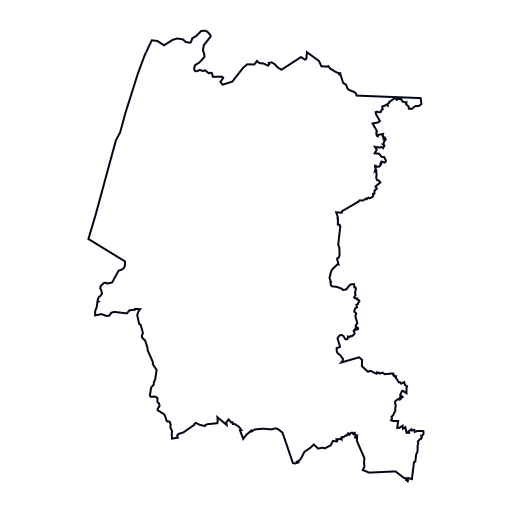 Francisco Z. Mena, Puebla, Mexico (Robinson projection)
{"feature_id": "50627088B96858950012844", "entity_name": "Francisco Z. Mena", "entity_type": "district", "adm_level": 2, "iso_a3": "MEX", "parent_name": "Mexico", "parent_adm1": "Puebla", "projection": "robinson", "projection_center": [-97.773, 20.706], "detail": "fine", "context": "isolated", "style": "outline", "palette": "ink", "viewbox_px": 512, "rotation_deg": 0, "n_neighbors": 0, "source": "geoboundaries", "source_scale": "gbopen_adm2", "svg_char_len": 6021}
<svg xmlns="http://www.w3.org/2000/svg" viewBox="0 0 512 512"><path d="M292.9,463.1L295.0,463.5L298.1,462.5L297.1,461.7L299.3,460.6L301.2,458.1L304.5,451.7L310.0,448.1L313.8,444.5L318.2,448.6L322.1,447.7L325.0,448.3L330.7,445.3L333.0,440.9L336.9,441.5L337.3,441.1L336.5,439.2L339.1,439.2L340.3,438.6L341.7,439.6L341.8,437.1L343.5,437.1L345.8,435.4L346.6,435.7L348.0,433.5L349.1,434.9L349.6,434.6L349.3,433.7L352.0,432.6L353.2,434.0L353.8,433.0L354.7,432.8L354.6,434.0L355.7,434.7L355.0,436.9L355.9,437.0L355.8,437.8L356.2,437.8L357.1,436.6L356.9,441.0L364.4,458.2L364.0,462.4L364.4,466.7L362.8,470.1L369.2,472.6L395.5,471.4L404.0,478.0L406.5,478.2L406.0,479.9L407.7,481.3L408.6,478.1L411.9,479.1L414.0,462.1L415.3,461.6L416.1,454.8L417.6,451.0L417.6,445.9L418.3,443.5L417.9,441.4L420.6,438.5L421.3,438.7L421.9,437.2L421.2,435.7L422.4,435.5L423.6,433.7L423.3,431.1L417.8,430.9L414.7,431.9L414.3,429.9L411.7,430.5L411.4,429.3L408.7,431.2L409.1,432.8L408.0,432.8L407.8,432.2L406.6,432.8L405.3,427.2L403.0,428.7L402.6,425.7L399.4,427.8L397.2,427.9L398.2,421.0L393.4,421.0L391.1,420.3L392.0,418.8L391.5,416.8L393.0,415.4L395.4,410.6L395.2,408.3L395.8,405.4L395.1,403.5L395.2,401.3L398.0,399.0L399.6,399.7L400.4,399.2L399.8,398.1L400.2,397.1L401.7,397.7L402.6,397.0L400.2,394.9L402.0,391.1L402.6,390.7L406.5,393.2L406.5,387.7L407.1,386.3L405.0,385.0L404.2,382.1L401.2,383.7L400.1,382.3L398.9,382.3L395.8,377.8L396.0,376.4L395.1,376.7L394.5,375.6L393.9,375.9L393.0,374.6L393.3,373.7L392.5,373.4L384.8,374.2L382.5,372.6L380.2,373.6L379.4,372.8L376.2,372.1L377.6,373.3L376.4,373.7L371.0,371.1L369.7,370.9L368.0,371.8L361.9,366.2L362.1,359.9L359.1,357.3L341.3,362.5L342.5,361.1L343.0,359.0L340.4,355.4L337.4,352.9L336.8,351.4L336.6,348.1L339.8,347.1L340.0,346.5L337.5,338.3L339.6,335.4L341.7,334.9L343.6,336.3L345.2,339.0L346.4,339.5L347.4,339.1L348.0,336.5L349.5,337.2L350.5,336.1L351.9,336.2L354.3,334.2L354.5,332.5L353.6,330.8L353.9,330.3L358.0,329.2L358.1,328.2L357.5,327.7L355.5,328.1L356.2,326.6L355.7,325.5L357.3,323.1L355.3,316.1L356.2,313.5L354.3,311.6L354.3,310.7L355.4,308.1L357.0,307.3L356.4,304.8L358.1,303.9L358.0,303.3L359.4,301.2L359.0,300.3L357.1,299.4L357.1,298.4L354.9,298.2L354.1,297.5L355.6,294.8L355.0,293.1L355.9,288.7L355.6,287.6L354.4,287.4L354.1,284.2L350.9,284.3L349.2,285.7L346.3,289.4L343.1,290.0L341.8,288.8L337.0,286.9L332.0,286.3L331.0,285.4L330.3,282.1L331.0,281.9L329.5,277.9L331.1,271.3L332.5,269.1L337.7,264.1L338.5,264.4L337.0,258.6L338.9,257.4L339.6,254.5L339.3,247.5L338.2,244.7L340.3,226.3L339.5,225.6L339.5,224.7L337.8,224.4L338.0,218.6L337.5,218.5L337.7,216.8L336.2,212.3L341.8,212.7L342.0,211.2L358.5,201.6L359.5,200.4L363.0,200.5L366.0,198.6L366.8,198.3L367.1,199.0L368.6,197.7L369.7,198.1L372.0,197.2L373.1,196.2L373.1,193.9L374.3,193.7L374.7,190.3L376.9,188.7L375.4,186.5L380.3,182.5L379.0,180.6L377.1,180.1L376.2,177.8L376.6,174.1L375.9,171.7L376.5,170.6L376.0,170.0L375.1,170.8L375.8,167.9L375.0,166.8L375.1,165.7L377.4,166.7L379.4,166.6L381.2,164.1L380.5,163.7L381.5,161.5L384.6,162.6L385.8,161.6L385.9,160.6L384.2,157.1L381.7,156.9L379.0,153.7L374.7,153.3L376.7,149.7L374.9,146.8L380.1,147.6L381.5,146.9L383.1,148.1L384.4,145.5L382.8,144.2L383.6,143.9L384.0,141.7L385.6,139.5L383.8,139.3L384.8,137.6L383.2,137.4L383.5,136.8L382.6,135.8L383.1,134.0L378.3,134.8L377.8,136.4L376.8,135.7L376.2,132.8L377.0,131.3L372.6,123.5L378.2,122.4L379.9,121.0L376.1,114.4L375.6,112.2L377.1,111.6L378.6,112.2L380.7,112.1L381.3,110.3L382.7,109.3L382.1,107.0L382.6,106.1L384.1,106.2L386.1,104.7L387.8,105.7L387.8,103.7L389.1,103.0L389.3,101.9L394.4,98.4L396.1,98.6L396.6,99.8L397.3,99.5L397.6,98.7L400.3,99.1L401.3,99.4L402.5,101.6L405.2,102.2L405.7,103.0L406.4,102.5L406.3,104.5L408.6,106.4L408.8,108.7L411.7,108.9L415.3,106.1L419.0,106.0L421.4,104.0L420.7,98.1L356.7,95.6L355.8,93.3L353.8,91.8L348.7,89.8L347.4,88.2L346.0,84.6L343.1,82.9L340.4,74.3L339.5,74.4L340.0,73.2L337.9,73.0L334.8,71.4L330.1,68.5L328.3,66.1L327.3,66.6L321.4,66.3L318.9,60.9L306.9,52.2L306.4,58.5L305.6,59.3L305.1,59.7L301.0,57.1L281.5,69.7L277.6,67.4L274.6,64.1L271.6,62.4L268.8,62.9L269.2,64.2L268.2,65.6L262.4,63.1L261.2,63.5L258.6,62.6L257.0,61.0L254.3,64.5L247.3,64.3L243.2,67.7L232.3,81.6L222.6,84.7L220.4,81.8L223.2,77.9L222.2,76.7L212.8,76.8L212.1,73.4L211.0,72.7L208.6,73.2L205.2,70.3L203.3,71.0L199.7,70.0L196.7,71.3L195.1,71.0L194.2,69.6L194.3,67.2L195.2,65.0L199.4,62.5L204.5,56.9L204.1,53.5L202.9,50.4L203.8,45.2L210.6,36.6L210.1,34.6L207.4,31.8L205.3,30.7L201.2,31.0L196.0,36.2L192.3,38.3L191.0,42.0L190.2,42.7L185.9,42.1L182.9,39.4L177.2,38.5L172.6,39.9L164.0,45.3L157.4,41.0L151.8,40.3L144.6,55.4L137.9,73.5L125.5,112.7L120.1,132.5L115.9,140.3L95.6,214.9L88.4,239.0L125.0,261.4L124.9,265.8L124.0,267.8L122.3,269.3L118.5,270.8L112.1,282.5L107.1,283.6L106.1,282.8L104.0,282.9L100.6,286.1L100.2,288.4L101.3,290.3L102.0,293.7L100.5,295.9L98.9,297.0L98.0,298.8L97.5,301.1L98.4,301.6L97.4,302.0L96.7,307.4L95.2,310.8L95.1,315.4L101.5,314.1L106.1,315.9L109.2,315.7L111.4,312.7L114.3,311.9L126.9,313.4L129.5,310.3L134.8,309.8L134.9,308.9L140.1,309.2L138.4,311.5L137.2,315.1L139.2,324.0L140.6,324.7L142.4,331.0L142.9,333.4L141.9,335.3L142.0,337.6L145.1,340.5L147.5,347.9L147.7,350.5L152.9,362.1L152.8,364.3L156.6,369.9L155.1,379.8L154.0,381.7L153.7,384.7L151.5,387.0L151.0,388.3L149.9,395.2L150.6,396.8L155.2,396.6L157.4,397.9L157.5,402.1L158.9,403.3L159.5,405.2L159.4,406.3L157.7,408.6L157.6,410.2L163.9,414.1L165.1,416.0L166.5,420.5L167.3,421.5L168.9,421.4L169.8,422.0L170.7,424.7L170.3,427.3L172.1,431.3L171.7,434.4L172.0,438.6L177.8,437.7L177.2,435.5L178.5,433.9L183.3,432.5L194.3,424.8L194.6,423.6L196.0,422.9L199.3,424.7L204.8,426.1L205.3,425.0L207.7,424.2L217.3,423.2L217.7,421.3L217.4,417.2L226.6,424.9L226.2,422.7L228.6,419.5L231.4,422.5L232.6,422.3L232.9,424.0L234.9,424.1L238.9,426.8L241.4,430.1L240.0,430.4L243.3,438.9L246.2,434.9L250.1,431.6L251.2,430.7L251.4,431.5L255.0,429.4L263.3,428.7L271.3,429.4L275.5,428.3L278.1,429.2L282.5,432.6L292.9,463.1Z" fill="none" stroke="#020617" stroke-width="2"/></svg>